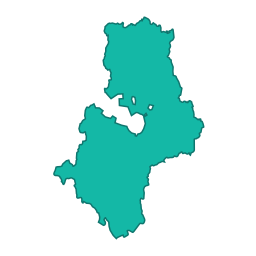 the Region of Moskovskaya, rotated 88°
{"feature_id": "RUS-2364", "entity_name": "Moskovskaya", "entity_type": "Region", "adm_level": 1, "iso_a3": "RUS", "parent_name": "Russia", "parent_adm1": "", "projection": "robinson", "projection_center": [37.527, 55.599], "detail": "fine", "context": "isolated", "style": "filled", "palette": "teal", "viewbox_px": 256, "rotation_deg": 88, "n_neighbors": 0, "source": "natural_earth", "source_scale": "10m", "svg_char_len": 5832}
<svg xmlns="http://www.w3.org/2000/svg" viewBox="0 0 256 256"><g transform="rotate(88 128 128)"><path d="M79.9,145.5L79.4,145.3L79.3,144.5L79.4,143.5L79.0,143.0L77.1,143.0L75.7,143.7L72.2,143.0L70.6,143.8L68.9,144.2L68.9,144.6L69.4,146.2L67.9,147.4L67.6,148.1L65.7,148.7L64.7,149.7L64.0,149.9L59.7,150.4L59.2,150.3L58.0,149.3L56.3,149.0L55.3,148.3L54.8,148.2L53.5,148.7L50.9,147.6L47.3,147.4L42.9,144.7L40.8,144.3L39.4,145.0L34.7,144.6L35.1,145.7L34.9,146.0L33.3,146.3L32.3,147.6L30.2,148.4L27.5,147.5L26.0,147.4L23.0,144.1L22.6,142.7L22.9,142.0L22.6,139.9L23.7,136.4L23.6,135.8L22.9,134.9L23.2,134.2L23.9,133.6L24.0,132.9L23.8,131.2L23.2,130.4L22.4,129.9L22.4,129.6L22.7,129.2L23.3,129.0L25.2,129.4L26.7,129.4L27.4,128.5L27.6,126.8L26.3,124.6L25.5,124.0L25.0,122.3L24.0,121.5L23.9,120.9L24.0,120.3L25.2,119.9L24.8,118.8L25.7,117.6L25.7,117.1L23.8,115.7L23.4,114.7L22.8,113.6L21.2,112.1L21.1,111.2L21.3,110.0L20.9,109.9L20.2,110.5L19.8,110.4L19.8,109.1L19.5,108.6L18.0,108.1L17.9,107.4L19.7,104.1L20.5,103.3L22.3,102.3L24.4,102.2L25.0,101.8L25.3,100.6L24.0,99.4L23.8,99.0L24.9,97.9L25.5,96.6L26.9,95.8L27.3,95.3L27.4,94.2L26.3,93.3L26.6,92.3L29.1,91.6L31.8,91.8L33.0,91.4L33.4,91.0L32.8,89.2L33.7,87.1L33.5,86.5L32.6,86.2L32.5,85.8L32.8,85.2L33.2,85.0L34.4,85.6L34.7,85.5L34.8,84.9L33.9,83.0L32.9,83.6L32.6,83.5L31.9,81.3L30.8,80.3L31.0,79.7L31.6,79.5L39.0,78.9L40.3,79.4L41.5,80.2L42.9,82.5L44.1,83.3L44.9,83.5L46.2,82.9L47.8,82.7L48.5,82.9L50.6,84.1L53.2,83.6L56.8,85.1L57.7,86.1L58.5,86.0L59.4,84.3L60.5,83.9L61.2,82.8L61.8,82.5L63.6,82.5L68.6,80.8L73.0,81.2L77.0,80.9L77.7,78.8L78.2,78.2L79.6,77.8L83.7,75.7L88.9,74.2L89.9,72.9L90.2,72.8L96.8,74.2L97.1,74.5L97.0,75.2L97.3,75.6L98.7,75.9L99.5,76.6L100.0,76.6L100.5,75.6L102.3,75.3L102.9,75.0L104.1,73.2L104.2,72.2L103.3,71.1L103.3,70.3L103.5,69.8L104.5,69.0L104.4,68.6L103.9,68.1L104.6,67.7L104.7,67.4L102.9,65.8L103.2,64.6L104.4,63.4L104.8,63.6L108.5,62.2L108.9,62.2L109.4,63.3L110.6,62.7L112.3,62.6L114.0,61.9L117.0,61.6L118.8,61.8L119.4,61.7L120.1,60.1L122.0,57.9L121.7,57.4L122.2,56.8L122.2,56.4L121.4,55.7L121.8,55.0L123.4,55.1L123.8,54.8L123.7,54.2L124.1,53.7L126.2,52.9L129.1,52.3L129.8,52.4L130.3,53.9L130.9,54.4L134.6,55.2L135.2,55.6L135.4,56.3L135.8,56.8L136.4,56.9L137.7,56.4L138.5,56.6L140.0,57.8L140.4,59.0L141.1,60.1L141.2,61.6L141.6,62.2L152.2,62.5L153.2,62.8L154.3,63.9L155.1,65.8L157.3,66.6L156.9,67.1L155.1,67.9L155.9,68.8L156.1,69.8L154.9,71.9L155.4,74.0L155.1,74.4L154.0,74.9L153.8,75.6L154.6,76.5L155.1,77.8L157.6,79.2L158.2,79.9L158.3,80.8L157.6,82.7L158.5,83.4L159.0,84.4L159.0,87.1L159.3,89.0L159.3,89.3L158.7,90.1L158.7,90.5L159.5,91.7L161.0,93.1L161.7,93.3L163.2,92.7L162.6,94.7L162.6,95.3L163.2,96.3L164.0,98.7L165.7,100.6L165.8,101.7L166.6,103.6L166.6,104.0L165.9,105.2L167.3,107.3L167.6,107.5L169.3,107.0L171.4,107.6L173.0,107.8L175.2,109.6L177.0,109.5L177.8,110.7L178.7,110.4L179.9,109.4L182.5,110.0L184.7,109.3L185.5,109.3L186.0,110.3L186.2,111.7L187.2,113.4L189.2,114.4L190.3,114.6L193.3,114.1L199.1,114.7L199.5,115.2L199.5,115.8L198.7,117.3L199.0,117.7L200.6,118.4L201.9,118.2L203.6,118.3L205.0,117.8L209.2,117.6L211.5,116.8L214.0,117.3L214.6,117.0L215.3,116.3L219.7,114.6L220.8,114.5L222.3,114.9L223.5,115.6L224.0,116.2L224.1,116.8L223.7,119.2L224.3,119.9L231.4,125.6L232.4,126.7L232.3,127.3L230.4,130.4L230.4,132.0L230.8,132.4L234.0,131.5L234.8,131.8L235.1,132.1L236.8,135.2L236.9,135.7L236.6,136.2L234.9,136.6L235.2,138.1L237.1,142.5L238.1,143.5L234.8,146.5L229.6,149.4L225.6,150.3L221.5,150.5L220.6,151.0L219.0,152.6L216.9,153.7L216.9,153.8L217.9,154.7L218.9,155.2L221.3,153.9L223.0,154.0L224.1,154.8L224.4,155.9L221.1,160.8L218.6,159.7L216.6,159.4L215.4,159.5L211.8,160.3L211.7,161.2L211.4,161.7L209.3,162.4L206.9,164.0L205.4,166.2L202.9,167.7L202.1,169.0L201.7,172.1L199.9,174.8L200.1,175.1L201.3,175.6L201.1,176.1L200.0,176.7L197.2,176.6L196.0,177.1L195.8,177.9L196.3,180.2L196.2,180.9L195.8,181.4L195.1,181.6L193.0,181.4L191.7,181.8L187.3,182.0L184.9,183.0L183.9,183.8L183.3,183.6L182.6,182.5L182.1,182.4L177.6,183.3L175.9,186.1L175.8,186.7L176.5,189.0L176.2,190.4L176.4,191.2L177.0,192.1L180.7,193.3L182.1,194.2L182.0,194.6L181.6,195.0L180.2,195.4L179.3,196.4L178.7,196.3L178.5,195.9L178.0,196.0L175.8,196.9L175.5,197.4L174.1,198.0L173.5,198.8L173.1,200.1L172.9,202.4L172.4,203.2L171.4,203.7L169.7,203.2L167.8,202.2L164.6,201.2L164.3,199.9L164.2,196.9L163.8,195.5L161.8,194.5L158.6,190.7L158.4,189.4L158.1,188.7L158.1,188.3L160.9,187.5L162.7,184.9L164.3,184.2L164.2,183.6L163.2,182.2L162.2,181.3L158.8,180.9L157.5,180.2L156.5,180.6L151.1,180.0L150.7,179.8L149.6,178.4L147.8,178.8L146.6,177.8L146.1,177.5L144.4,177.5L143.6,177.2L142.9,176.5L143.0,174.9L142.6,174.4L141.3,173.8L139.7,173.6L139.6,171.8L138.7,170.2L134.5,169.9L132.4,170.6L130.7,170.7L130.4,170.9L130.4,171.5L131.1,172.5L131.3,173.1L130.8,175.7L130.0,176.2L127.0,177.0L122.0,175.6L121.7,174.6L119.3,173.2L118.5,172.3L117.7,170.8L117.1,170.3L116.4,170.3L114.3,170.8L108.8,170.0L106.2,168.7L105.7,168.2L106.2,167.1L106.2,166.4L104.1,164.5L103.8,163.2L102.7,161.2L106.7,159.7L107.0,156.0L109.9,152.4L112.4,154.1L116.1,150.4L117.8,145.1L115.5,142.9L117.8,139.6L122.3,140.8L125.0,134.3L126.4,129.1L128.0,128.6L130.7,127.1L133.1,124.6L134.3,120.9L136.0,121.0L136.4,119.7L134.4,118.4L133.9,115.9L132.5,114.2L129.3,112.3L124.3,110.5L117.6,111.8L115.7,108.6L114.0,109.5L116.4,112.0L115.1,113.2L114.4,115.3L113.1,117.4L112.8,119.4L115.7,124.1L106.8,127.3L105.2,135.8L98.6,135.8L98.5,131.8L93.7,132.0L93.8,137.0L98.1,143.9L93.3,147.9L92.3,148.3L91.7,149.6L88.1,150.1L87.6,149.7L88.1,148.5L88.0,148.1L86.6,146.5L85.7,146.0L83.9,145.8L81.7,145.1L79.9,145.5ZM99.5,123.5L104.3,122.0L104.8,120.0L101.1,119.5L97.7,120.0L96.7,121.9L97.2,122.9L99.5,123.5ZM108.7,107.4L110.8,105.4L110.4,103.5L106.5,101.9L105.4,105.7L108.7,107.4Z" fill="#14b8a6" stroke="#0f766e" stroke-width="1.5"/></g></svg>